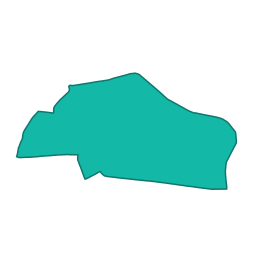 outline of Ath Thawrah, Amanat Al Asimah, Yemen, rotated 94°
{"feature_id": "15242507B17333153268862", "entity_name": "Ath Thawrah", "entity_type": "district", "adm_level": 2, "iso_a3": "YEM", "parent_name": "Yemen", "parent_adm1": "Amanat Al Asimah", "projection": "equal_earth", "projection_center": [44.198, 15.391], "detail": "fine", "context": "isolated", "style": "filled", "palette": "teal", "viewbox_px": 256, "rotation_deg": 94, "n_neighbors": 0, "source": "geoboundaries", "source_scale": "gbopen_adm2", "svg_char_len": 4005}
<svg xmlns="http://www.w3.org/2000/svg" viewBox="0 0 256 256"><g transform="rotate(94 128 128)"><path d="M165.1,234.4L165.0,233.1L164.4,228.3L164.3,227.1L164.0,223.8L163.9,223.4L163.7,221.6L163.5,220.3L163.4,219.8L163.0,216.9L162.6,214.6L162.3,213.2L162.1,211.8L162.1,211.6L161.9,210.4L161.5,207.5L161.3,206.5L161.2,205.3L161.0,203.8L160.5,200.7L160.4,200.3L159.9,196.8L159.8,196.3L159.3,191.6L159.2,190.9L159.0,188.8L158.9,188.5L158.7,187.2L158.8,186.8L158.7,186.6L158.7,185.1L158.6,181.9L158.5,181.4L158.5,180.6L158.3,177.0L158.4,176.5L158.4,176.0L159.2,176.0L160.2,176.1L160.8,176.2L161.4,176.1L162.6,176.0L162.8,176.0L163.3,175.9L164.4,175.4L167.5,174.0L169.5,173.1L169.7,172.9L171.3,172.2L172.7,171.6L173.0,171.4L174.7,170.7L177.7,169.3L181.5,167.6L181.9,167.4L181.8,166.6L181.3,165.6L180.8,164.8L180.4,164.1L179.1,161.9L178.7,161.4L177.7,159.8L177.4,159.2L176.4,157.6L174.3,154.4L173.3,152.8L173.6,152.6L174.6,151.6L176.0,150.2L176.5,149.4L177.3,148.3L177.6,146.8L177.7,146.1L177.8,145.8L177.9,143.4L178.1,140.3L178.1,138.6L178.3,135.2L178.4,133.1L178.6,127.9L178.7,124.9L178.7,124.2L178.8,122.8L178.9,119.8L179.1,115.1L179.2,111.5L179.3,109.9L179.2,109.4L179.3,108.1L179.4,105.5L179.4,105.0L179.4,104.0L179.4,102.7L179.6,98.7L179.6,97.3L179.8,95.2L180.0,91.8L180.2,87.6L180.3,86.6L180.3,86.3L180.3,85.5L180.6,82.0L180.7,80.6L181.0,75.7L181.1,75.2L181.3,71.3L181.4,70.0L181.5,68.6L181.7,66.4L181.8,65.2L182.0,60.6L182.1,58.7L182.3,56.4L182.3,56.2L182.4,54.7L182.6,52.6L182.6,51.1L182.7,50.8L182.8,47.9L183.2,40.3L182.5,31.0L182.4,29.9L182.2,27.8L182.0,25.3L181.7,25.3L180.7,25.3L178.1,25.7L176.0,26.1L172.4,26.8L170.7,27.0L169.1,27.3L168.6,27.4L163.9,27.9L163.7,27.9L160.7,27.8L157.2,27.7L156.8,27.6L156.2,27.6L155.8,27.5L155.0,27.4L154.4,27.2L151.7,26.0L148.9,24.8L146.5,23.8L140.8,21.3L139.2,20.6L138.3,20.2L137.8,20.0L137.6,19.8L136.7,19.5L135.8,19.1L135.3,18.9L134.7,19.0L133.4,18.9L130.3,19.5L127.4,19.9L124.4,20.6L123.9,21.1L122.8,22.1L121.9,22.9L121.3,23.5L119.1,25.5L116.4,27.9L114.8,29.9L113.3,32.7L113.1,33.1L112.7,33.7L111.7,36.8L111.0,40.4L110.4,45.3L110.2,47.0L110.1,47.5L109.4,53.6L109.2,54.7L108.7,58.5L108.5,60.2L108.3,61.5L108.2,61.8L108.5,61.9L108.4,62.8L108.4,63.3L107.3,66.7L107.0,67.6L106.8,68.1L106.6,68.8L103.4,75.6L102.7,77.2L101.3,80.1L101.1,80.5L100.2,82.5L97.7,87.9L97.2,88.9L96.9,89.7L96.7,90.1L96.4,90.7L95.7,91.6L93.0,95.1L92.5,95.6L91.6,96.8L89.8,99.1L89.3,99.7L88.4,101.0L87.3,102.4L85.9,104.3L84.6,105.9L84.5,106.2L80.5,111.6L79.8,112.6L79.7,112.7L78.6,114.1L77.4,115.8L76.1,117.5L75.6,118.3L75.4,118.5L75.0,119.0L74.1,120.2L73.6,121.0L73.6,121.4L73.3,122.4L72.8,124.5L73.7,129.6L75.0,133.0L75.2,133.6L79.4,145.9L81.1,149.9L81.4,150.7L82.1,153.6L82.8,156.7L83.8,161.5L84.1,162.8L85.7,169.3L86.1,171.0L86.8,174.0L87.2,175.9L88.4,180.8L88.8,182.7L89.3,184.8L89.4,185.7L89.6,186.5L89.5,187.0L89.5,187.8L89.4,188.7L89.7,189.1L90.3,189.8L90.9,190.0L91.3,189.8L92.5,189.4L92.9,189.2L93.0,189.2L93.6,189.1L95.0,189.3L96.4,189.9L98.7,192.2L99.0,192.4L99.6,193.0L102.3,195.5L104.6,197.7L109.1,201.1L112.0,203.0L113.5,203.4L113.9,203.4L114.2,203.4L116.3,203.4L116.7,203.3L117.3,203.3L117.7,203.3L118.2,203.6L118.4,203.8L118.4,204.2L118.2,205.1L118.1,206.5L118.0,208.8L117.9,210.6L117.9,211.2L117.7,215.7L117.7,218.7L120.7,221.0L121.1,221.4L121.9,222.0L123.4,223.3L123.6,223.4L124.2,223.8L125.4,224.6L126.3,225.1L127.3,225.6L129.2,226.7L129.6,226.8L130.4,227.2L131.8,228.0L132.0,228.1L132.6,228.4L135.1,229.8L136.2,230.4L136.7,230.6L137.2,230.9L137.8,231.2L138.4,231.5L138.7,231.6L139.2,231.8L139.9,232.0L140.2,232.1L142.2,232.4L142.8,232.4L143.4,232.5L143.9,232.5L144.6,232.5L145.2,232.6L145.9,232.7L146.4,232.7L146.6,232.8L148.0,233.4L148.6,233.6L149.2,233.9L150.2,234.2L151.1,234.5L151.4,234.6L152.3,234.9L152.9,235.0L153.5,235.1L154.0,235.2L154.2,235.3L154.5,235.5L155.0,235.8L155.5,235.9L155.8,235.9L156.4,236.0L157.5,236.0L159.3,236.3L159.6,236.3L161.5,236.5L162.9,236.8L164.4,237.1L164.6,236.4L165.1,234.4Z" fill="#14b8a6" stroke="#0f766e" stroke-width="1.5"/></g></svg>